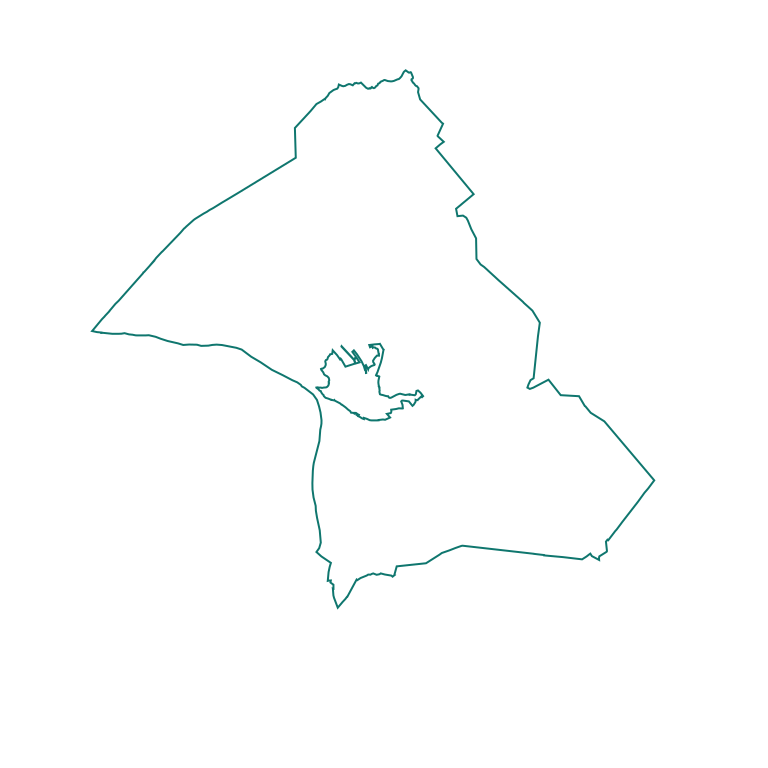 Kokneses pag., Kokneses, Latvia (Albers equal-area conic projection), rotated 54°
{"feature_id": "27541924B28822994626214", "entity_name": "Kokneses pag.", "entity_type": "district", "adm_level": 2, "iso_a3": "LVA", "parent_name": "Latvia", "parent_adm1": "Kokneses", "projection": "albers", "projection_center": [25.417, 56.656], "detail": "fine", "context": "isolated", "style": "outline", "palette": "teal", "viewbox_px": 768, "rotation_deg": 54, "n_neighbors": 0, "source": "geoboundaries", "source_scale": "gbopen_adm2", "svg_char_len": 6094}
<svg xmlns="http://www.w3.org/2000/svg" viewBox="0 0 768 768"><g transform="rotate(54 384 384)"><path d="M620.8,222.0L543.7,227.7L528.8,233.7L520.4,234.2L519.9,234.5L508.5,233.4L496.9,247.6L477.2,248.4L474.8,264.8L474.8,265.1L473.7,268.9L471.2,270.1L469.3,267.4L467.0,263.2L467.3,259.6L435.9,231.4L426.0,221.9L411.9,220.8L400.5,223.2L399.2,223.3L367.5,230.3L348.2,234.2L344.1,235.6L337.2,235.7L320.3,223.9L310.1,222.4L301.1,220.1L297.8,219.7L294.2,221.1L291.4,225.9L284.6,222.7L283.1,199.9L223.7,203.7L223.2,197.5L223.2,193.3L215.1,194.9L214.6,194.7L208.1,183.2L206.5,183.7L175.0,187.5L167.9,184.9L165.7,182.7L165.0,182.2L162.4,182.3L161.4,183.0L160.6,183.1L158.4,183.1L156.9,183.5L156.0,183.2L154.6,183.3L153.7,182.7L153.7,181.1L153.4,180.7L152.7,180.2L147.8,179.0L147.3,179.3L146.9,180.7L146.4,181.0L143.0,182.1L143.1,184.0L143.3,184.8L145.4,189.0L145.9,191.4L146.0,192.8L145.5,193.9L144.6,197.9L143.8,199.7L143.2,200.6L141.2,202.8L138.5,204.7L138.1,205.6L138.0,207.0L137.5,208.7L137.7,209.4L137.6,209.9L138.0,210.8L137.6,212.2L138.6,213.8L138.4,215.3L138.8,216.5L138.9,217.3L138.7,218.3L137.7,219.0L136.6,219.2L136.6,219.9L137.0,220.7L137.0,221.2L136.3,221.6L136.1,222.0L136.3,222.4L135.7,223.4L133.9,224.3L126.6,225.5L126.3,227.1L125.6,228.4L124.0,229.5L123.9,230.5L123.7,231.0L123.4,231.1L124.0,233.7L121.8,235.0L120.7,236.1L120.2,238.0L120.0,240.1L119.2,241.9L118.3,242.7L115.2,244.5L117.0,246.6L117.6,248.2L116.8,250.8L116.5,252.1L116.5,257.2L117.8,260.1L118.4,263.2L119.0,264.4L118.5,264.6L118.4,269.0L117.8,274.1L120.0,282.9L124.5,305.6L149.1,322.4L143.6,390.9L142.0,408.6L141.2,419.3L140.7,422.8L140.6,426.0L140.1,429.8L139.4,439.7L139.4,441.5L140.4,451.5L140.7,453.5L140.7,454.4L142.0,459.9L146.6,485.7L146.5,485.9L148.1,494.2L148.7,496.2L149.7,500.3L149.8,500.0L152.4,512.2L152.3,513.2L152.7,513.6L160.7,549.8L161.3,554.2L163.5,563.1L163.7,563.3L164.9,569.6L165.1,570.2L165.8,574.1L169.6,589.0L173.3,585.7L176.3,582.3L176.6,582.6L177.5,581.2L183.6,574.4L188.8,567.2L190.4,564.0L194.0,561.1L196.3,558.5L198.7,556.3L204.5,548.4L206.3,545.6L211.6,541.0L216.1,538.1L222.0,533.8L230.0,526.8L234.4,523.5L237.5,518.5L242.3,512.2L245.7,509.5L249.7,503.6L251.5,499.9L253.8,496.2L257.3,492.1L267.9,482.2L272.5,478.9L283.9,475.4L293.8,471.1L306.6,466.4L317.6,460.6L327.1,455.9L331.7,453.2L335.8,451.8L337.6,451.9L340.3,450.6L350.8,447.5L357.5,447.6L363.9,449.7L369.7,452.1L376.5,455.8L379.3,457.9L381.3,459.9L383.5,462.4L392.2,469.8L406.5,487.1L408.7,489.3L412.3,492.5L422.1,500.2L427.4,503.9L434.4,507.7L442.4,510.9L446.5,513.6L452.9,516.8L464.6,522.0L475.2,528.4L478.7,532.9L480.2,537.4L486.7,536.0L497.5,532.1L500.0,535.4L503.6,539.4L510.2,545.2L510.6,544.2L511.7,542.5L513.1,544.0L516.7,542.9L519.9,545.2L519.4,545.6L519.6,545.7L525.3,549.2L527.6,550.1L537.8,552.9L536.0,545.6L535.2,541.5L534.4,539.0L534.6,538.8L526.1,521.1L527.0,520.9L527.2,517.0L528.8,510.6L528.9,508.8L530.3,507.0L530.4,506.0L530.4,505.8L530.9,504.1L534.0,502.1L535.1,499.8L535.3,499.1L535.3,498.0L538.6,495.3L543.4,490.6L544.9,490.3L544.8,487.8L544.6,487.9L539.0,480.9L553.7,455.4L554.7,439.4L554.7,436.6L557.0,429.0L558.7,422.5L560.5,416.5L561.0,415.5L609.4,362.6L609.5,362.6L616.5,355.0L616.8,355.2L629.3,340.9L642.3,326.8L642.6,321.5L642.5,318.5L642.5,316.8L645.4,317.0L652.8,313.4L651.2,312.4L650.0,311.1L650.6,302.5L650.2,301.8L642.0,297.1L641.3,294.7L642.2,294.4L638.9,283.4L638.5,281.4L635.7,272.4L628.5,247.6L625.1,237.2L623.8,231.7L620.8,222.0ZM408.0,379.2L408.2,380.3L411.8,381.3L414.8,383.1L414.7,383.4L412.4,386.3L411.3,389.0L409.0,393.3L410.8,394.4L411.5,395.6L409.9,399.2L414.7,398.8L413.6,404.1L412.1,405.7L409.9,409.6L410.2,409.8L406.2,415.4L404.9,416.8L402.2,418.3L399.6,420.2L400.5,420.9L399.0,421.9L396.2,423.0L394.9,423.8L394.2,422.4L393.3,422.9L394.1,423.8L393.1,424.2L392.4,423.2L390.9,423.7L390.1,424.7L390.8,425.2L389.0,426.1L387.9,427.5L386.1,427.3L383.7,428.1L380.4,428.8L376.0,430.2L375.8,430.5L373.9,430.9L368.3,433.7L367.8,433.6L367.8,434.0L367.5,434.5L366.5,435.3L365.9,436.1L365.3,436.1L365.0,436.5L363.2,437.6L360.8,439.4L358.5,439.8L357.4,439.4L356.4,439.7L354.0,439.7L352.6,439.3L351.6,440.0L349.5,440.2L347.4,440.9L347.1,440.8L347.5,439.9L348.9,438.5L349.9,437.1L350.7,436.5L351.5,434.8L352.7,432.9L352.9,431.6L352.5,429.9L351.4,428.4L351.1,428.4L350.7,427.8L350.2,427.8L349.4,427.2L349.2,426.6L349.0,426.3L347.9,425.6L346.4,425.1L344.4,425.4L342.5,426.4L341.0,426.8L338.9,426.3L335.5,426.4L334.8,426.1L335.0,425.3L335.5,424.4L335.5,422.6L335.4,421.7L334.3,419.9L333.2,419.1L331.3,418.3L330.8,417.7L330.5,417.0L330.8,415.9L330.7,415.3L329.3,413.4L328.8,411.0L328.3,410.2L329.2,408.2L326.6,405.7L333.0,405.0L338.3,405.1L338.0,404.2L339.1,404.1L347.3,405.0L350.5,395.3L347.0,394.1L328.7,396.4L328.5,396.1L346.7,393.9L346.8,393.7L346.4,392.7L346.0,392.3L346.1,391.9L346.5,392.0L346.4,392.3L347.1,393.8L350.7,395.0L352.1,391.1L346.3,390.7L339.4,390.7L339.1,388.6L344.1,388.4L352.4,388.8L357.7,389.8L361.7,391.2L362.0,390.7L362.6,390.8L364.5,392.1L364.6,391.9L362.6,390.6L359.2,389.2L358.0,389.0L358.1,387.5L362.8,388.2L362.2,387.5L362.0,386.4L362.0,384.2L362.3,382.7L363.0,380.6L362.6,380.0L359.8,379.8L358.7,379.1L357.5,376.1L356.9,373.0L358.1,371.4L356.8,370.5L356.7,370.7L352.4,368.6L351.4,368.8L350.8,369.4L349.1,369.9L348.0,371.4L348.0,371.7L346.7,371.1L346.1,373.7L343.8,373.0L346.3,368.5L349.0,364.1L349.1,363.7L355.7,364.3L356.0,364.1L356.7,365.0L361.9,370.5L364.8,374.0L370.5,382.2L372.1,385.1L372.7,384.8L372.8,385.2L373.3,385.0L374.7,383.6L375.2,383.4L378.0,386.5L379.6,387.8L382.0,389.1L383.5,389.5L383.4,389.8L384.6,390.0L384.7,390.3L386.9,391.5L387.2,392.0L388.2,392.6L389.9,393.3L390.9,392.7L392.3,391.4L394.6,389.7L395.9,388.5L396.2,387.9L398.0,387.9L398.8,387.3L399.3,386.0L400.1,380.3L400.8,377.9L401.3,376.7L405.1,373.5L405.7,372.7L407.3,369.4L407.8,369.7L408.5,368.5L411.2,365.7L411.1,364.7L410.9,364.2L408.7,361.8L409.2,360.3L412.5,359.6L416.8,359.5L417.0,361.0L416.0,361.2L416.7,366.3L417.3,365.7L415.9,367.4L415.4,367.7L416.6,368.6L417.1,369.3L418.3,372.3L418.4,373.8L412.7,374.1L408.5,378.4L408.0,379.2Z" fill="none" stroke="#0f766e" stroke-width="2"/></g></svg>